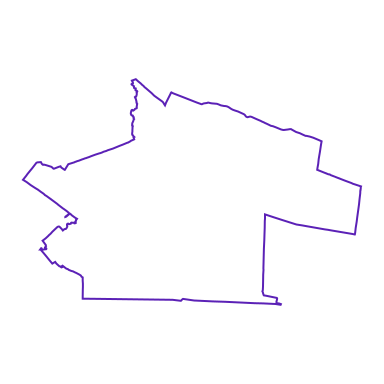 Branistea, Mehedinti, Romania
{"feature_id": "2599482B17311395711946", "entity_name": "Branistea", "entity_type": "district", "adm_level": 2, "iso_a3": "ROU", "parent_name": "Romania", "parent_adm1": "Mehedinti", "projection": "albers", "projection_center": [22.991, 44.246], "detail": "fine", "context": "isolated", "style": "outline", "palette": "violet", "viewbox_px": 384, "rotation_deg": 0, "n_neighbors": 0, "source": "geoboundaries", "source_scale": "gbopen_adm2", "svg_char_len": 5782}
<svg xmlns="http://www.w3.org/2000/svg" viewBox="0 0 384 384"><path d="M181.7,299.9L182.8,299.0L183.0,298.9L192.7,300.3L194.1,300.5L212.9,301.4L225.3,301.8L254.7,303.2L263.1,303.4L275.5,304.0L280.6,304.8L280.9,304.1L279.2,303.5L277.2,303.2L276.9,303.1L276.6,302.8L276.5,302.5L276.4,302.0L276.8,300.3L277.1,298.9L277.1,298.3L277.0,298.1L276.7,297.9L265.9,295.7L263.9,295.4L263.6,295.0L263.0,293.0L262.9,292.4L262.4,291.3L262.5,291.0L262.7,290.6L262.8,290.2L263.0,286.6L263.1,281.3L263.2,274.6L263.5,269.9L263.4,268.4L263.9,248.6L264.3,240.2L264.5,233.7L264.7,228.1L264.8,220.9L265.0,218.7L265.0,214.4L273.8,217.3L282.8,220.2L296.4,224.5L302.2,225.4L307.2,226.3L309.5,226.7L324.9,229.4L327.9,229.8L330.6,230.3L352.6,234.0L354.8,234.5L354.9,234.3L355.2,232.4L355.7,227.9L356.7,221.6L357.2,217.5L359.0,204.5L359.5,199.6L360.2,193.6L360.3,192.6L360.2,192.0L360.5,190.4L360.4,190.2L360.5,190.1L360.7,189.0L360.8,186.9L361.0,186.4L355.2,184.5L352.7,183.7L351.6,183.1L345.1,180.7L330.7,175.1L330.3,174.9L329.9,174.5L329.0,174.3L328.4,174.3L317.2,169.8L317.5,167.8L318.2,163.9L318.7,159.1L319.3,155.5L319.9,152.0L321.0,144.7L321.6,141.3L318.7,140.0L313.2,137.7L309.8,136.6L306.6,135.9L305.6,135.9L302.3,134.4L299.8,133.2L296.1,132.0L291.8,129.6L291.2,129.2L290.7,129.1L290.1,129.1L287.8,129.5L283.8,130.0L282.8,129.9L281.6,129.6L280.9,129.4L275.8,127.3L272.9,126.2L270.9,125.8L270.5,125.6L269.1,124.9L266.2,123.5L265.4,123.2L263.9,122.4L261.8,121.5L260.7,120.9L256.5,119.1L251.6,116.9L250.5,116.6L249.8,116.6L247.6,117.2L247.1,117.1L246.4,116.8L245.9,116.4L245.6,116.0L244.8,114.9L244.3,114.5L243.7,114.1L238.0,111.5L234.9,110.5L232.7,109.7L231.2,108.9L228.7,107.2L227.5,106.6L227.0,106.4L225.7,106.1L224.1,106.0L221.0,105.4L220.2,105.1L218.6,104.4L216.9,103.8L212.2,103.4L210.8,103.2L208.3,102.6L208.0,102.6L206.9,103.0L203.9,103.4L203.0,103.7L202.0,104.2L201.4,104.2L196.7,102.5L183.7,97.4L173.1,93.3L170.6,92.0L170.9,92.3L170.9,93.1L166.0,102.8L165.6,103.9L165.0,105.4L164.2,104.2L163.1,102.3L162.0,101.3L157.1,97.8L154.2,95.7L151.6,93.1L145.9,88.2L144.5,87.1L143.4,85.8L142.4,85.1L140.7,83.4L138.1,81.3L135.8,79.2L131.9,80.6L132.2,81.2L132.3,81.5L132.7,81.9L133.0,83.1L132.9,83.4L132.7,83.5L131.9,83.8L131.5,84.2L131.6,84.5L132.1,84.9L132.9,85.4L133.7,86.2L134.0,86.3L133.9,86.9L134.0,87.7L134.1,88.0L134.3,88.2L134.8,88.2L135.7,88.4L135.8,88.8L135.7,89.2L135.5,89.7L135.5,90.3L135.7,90.5L136.2,90.7L136.8,90.8L137.2,91.2L137.3,91.4L137.2,91.7L136.6,92.5L136.8,93.0L136.7,93.5L136.8,94.0L136.7,94.5L136.6,95.1L136.2,96.4L135.8,96.9L135.4,97.0L135.4,96.9L135.2,96.8L134.9,97.1L135.7,98.9L136.0,99.2L136.0,99.6L136.2,100.6L136.5,101.3L136.4,101.7L136.4,102.2L136.8,103.0L136.7,103.3L136.8,103.6L137.2,104.0L137.0,104.5L136.9,105.6L136.9,105.9L136.7,106.2L136.7,106.9L136.8,108.0L136.6,108.3L135.4,108.7L134.9,109.0L134.5,109.7L133.3,110.6L133.1,110.6L133.0,110.3L132.3,109.9L132.1,109.9L131.6,110.2L131.3,110.8L130.9,112.5L130.8,113.8L131.1,114.4L131.2,114.9L131.6,115.1L131.9,115.2L132.0,115.4L132.1,115.6L132.8,115.7L132.8,115.9L133.2,116.9L133.7,117.1L133.8,117.7L133.6,118.5L134.1,119.1L133.7,119.6L133.2,121.2L132.3,123.2L132.2,123.9L132.2,124.7L132.3,124.9L132.1,125.1L132.1,125.3L132.2,125.7L132.7,126.0L132.8,126.4L132.7,126.8L132.5,127.1L132.5,127.4L132.5,127.9L132.5,128.4L132.4,129.8L132.4,131.5L132.2,132.9L132.2,133.1L132.1,134.1L132.4,134.9L132.6,134.9L133.0,135.7L134.2,136.9L133.5,137.2L133.5,137.4L134.2,139.3L133.9,139.5L131.1,140.7L130.0,141.5L127.8,142.7L127.4,142.7L122.6,144.7L119.7,145.8L112.9,148.6L107.6,150.3L106.4,150.9L105.1,151.3L104.3,151.5L103.2,151.9L102.5,152.3L100.4,153.1L99.5,153.3L95.2,154.7L91.1,156.2L88.9,157.1L87.1,157.7L86.1,158.1L85.2,158.3L83.1,159.1L82.4,159.3L78.8,160.7L77.0,161.2L76.4,161.5L75.1,161.9L74.4,162.3L68.3,164.2L64.8,169.9L64.7,169.9L61.4,167.6L60.7,166.7L60.5,166.3L58.6,166.9L54.0,168.7L53.5,168.7L52.0,167.3L51.5,166.9L51.0,166.7L45.9,165.1L43.9,164.6L43.4,164.6L43.2,164.8L42.7,164.7L41.9,163.9L41.5,163.3L41.0,162.2L40.9,162.1L37.3,162.4L36.4,162.8L32.0,168.5L30.0,170.9L27.4,174.1L26.2,175.8L23.0,179.8L26.7,182.1L30.7,185.1L34.7,187.7L36.8,189.0L37.9,189.6L38.4,190.1L39.1,190.5L40.5,191.6L43.4,193.6L44.3,194.4L44.7,194.8L44.8,195.0L46.5,196.0L53.2,200.9L57.5,204.1L58.1,204.7L62.9,208.4L63.7,208.9L66.6,211.0L68.8,212.8L69.0,213.2L69.0,213.5L68.9,213.9L66.9,215.6L65.5,216.6L65.3,216.9L65.3,217.0L65.9,216.8L66.4,216.5L69.3,214.0L70.0,213.7L70.6,214.1L71.8,215.3L73.3,216.4L75.4,217.9L77.0,218.8L76.7,219.2L76.1,219.6L76.0,219.9L76.1,220.7L76.0,220.9L75.4,221.4L75.3,221.5L75.8,222.9L75.3,223.2L75.0,223.3L74.3,223.3L73.8,222.8L73.3,222.7L72.8,222.7L72.5,222.8L72.0,222.7L71.5,222.6L71.3,222.7L70.9,223.1L70.8,223.7L70.5,223.8L68.9,224.2L68.5,224.0L68.1,223.6L67.4,223.8L67.0,224.4L67.0,225.3L67.1,225.5L67.2,226.0L67.3,226.5L67.2,226.8L66.9,227.3L66.8,227.7L66.0,228.8L65.6,229.0L64.5,229.1L63.8,229.6L63.3,230.2L62.8,230.5L61.9,229.2L59.8,227.0L59.0,226.5L58.3,226.6L57.5,226.9L54.5,229.7L54.0,230.2L52.4,231.7L50.9,233.4L50.2,234.1L48.9,235.2L48.2,236.0L45.7,238.3L42.6,240.7L45.7,244.9L45.9,245.2L45.8,245.8L45.7,246.4L45.9,246.7L45.7,246.9L45.0,247.4L44.9,247.7L45.0,248.0L46.1,248.4L46.3,248.5L46.4,248.8L46.1,249.2L44.2,249.4L43.5,249.6L42.1,249.4L41.6,249.1L41.7,248.8L41.5,248.3L41.2,248.2L40.2,249.5L40.5,249.5L42.6,251.9L43.8,253.3L46.3,256.3L49.2,259.9L52.3,263.6L55.2,261.9L56.3,263.5L59.4,266.3L60.2,266.4L60.8,266.7L60.9,267.0L61.4,267.4L61.7,267.3L61.3,266.8L61.5,266.4L62.5,265.7L66.4,268.7L67.6,269.0L68.2,269.4L68.6,269.8L71.2,270.9L73.1,271.4L74.8,272.3L76.4,273.0L79.4,274.6L80.8,275.5L81.1,275.9L81.5,276.7L82.7,277.4L82.7,280.7L82.9,283.7L82.9,287.0L82.8,289.6L82.7,296.8L82.7,298.7L93.0,298.8L172.6,299.8L180.8,300.8L181.1,300.7L181.7,299.9Z" fill="none" stroke="#5b21b6" stroke-width="2"/></svg>